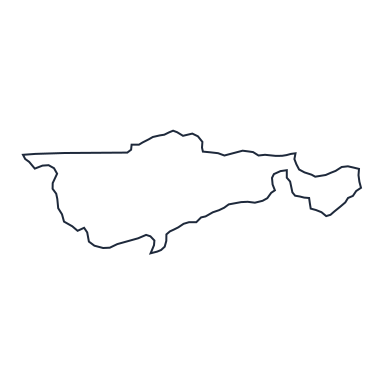 Monte Horebe, Paraíba, Brazil (orthographic projection)
{"feature_id": "56859067B9336888830102", "entity_name": "Monte Horebe", "entity_type": "district", "adm_level": 2, "iso_a3": "BRA", "parent_name": "Brazil", "parent_adm1": "Paraíba", "projection": "orthographic", "projection_center": [-38.512, -7.21], "detail": "fine", "context": "isolated", "style": "outline", "palette": "slate", "viewbox_px": 384, "rotation_deg": 0, "n_neighbors": 0, "source": "geoboundaries", "source_scale": "gbopen_adm2", "svg_char_len": 1699}
<svg xmlns="http://www.w3.org/2000/svg" viewBox="0 0 384 384"><path d="M58.2,208.2L62.0,214.3L64.0,221.6L72.3,226.3L77.6,230.8L84.1,227.8L87.2,232.4L88.9,241.6L94.4,245.7L103.1,248.0L109.8,247.7L117.3,244.1L138.1,238.3L146.1,234.9L150.4,236.3L154.4,240.5L154.0,245.2L150.6,253.3L157.2,251.6L161.1,250.0L164.7,246.7L166.3,240.9L166.4,234.4L169.9,231.4L174.0,229.5L178.2,227.4L183.6,223.8L189.0,222.2L196.3,222.2L201.1,217.4L205.6,216.4L212.8,212.3L219.0,210.2L224.2,207.7L228.7,204.4L234.1,203.4L241.2,202.1L247.7,201.8L254.9,202.7L262.6,200.8L267.3,198.2L271.2,192.8L274.9,190.3L272.6,184.5L272.0,177.9L273.9,174.1L280.5,171.1L286.8,170.2L286.8,177.7L290.1,181.5L291.2,186.7L292.4,192.4L295.1,195.7L299.8,196.5L304.2,197.6L309.1,198.0L309.8,203.0L310.7,208.6L315.9,210.0L321.5,212.2L326.2,216.1L330.5,214.8L334.3,211.5L340.6,206.4L345.3,202.4L348.0,198.0L352.9,195.9L356.2,191.0L361.0,187.8L359.4,181.8L358.5,175.2L359.0,168.9L353.2,167.5L347.9,166.3L341.7,167.0L335.6,170.9L331.0,172.7L325.7,175.0L320.7,175.8L315.2,176.7L311.6,174.7L304.5,172.4L299.1,169.5L296.4,164.3L294.4,159.1L295.5,153.3L291.0,153.9L286.5,155.1L282.1,155.8L275.8,155.9L265.0,154.8L258.5,155.5L253.1,152.1L248.2,151.4L242.6,150.7L238.1,151.9L232.0,153.5L224.4,155.5L218.1,153.2L210.2,152.3L202.9,151.6L202.0,147.6L202.4,141.9L197.9,136.3L192.3,133.6L183.0,135.8L177.1,132.2L173.1,130.7L169.0,132.4L164.3,134.7L159.8,135.4L152.8,137.0L148.8,139.3L142.5,142.5L138.9,144.7L131.6,144.7L131.1,149.7L127.3,152.6L64.7,153.0L35.4,153.9L23.0,154.8L25.2,159.0L29.2,161.9L34.8,168.6L42.5,165.6L48.6,165.2L54.0,168.2L57.1,173.7L52.7,183.1L52.6,188.8L56.2,193.7L57.3,198.9L58.2,208.2Z" fill="none" stroke="#1e293b" stroke-width="2"/></svg>